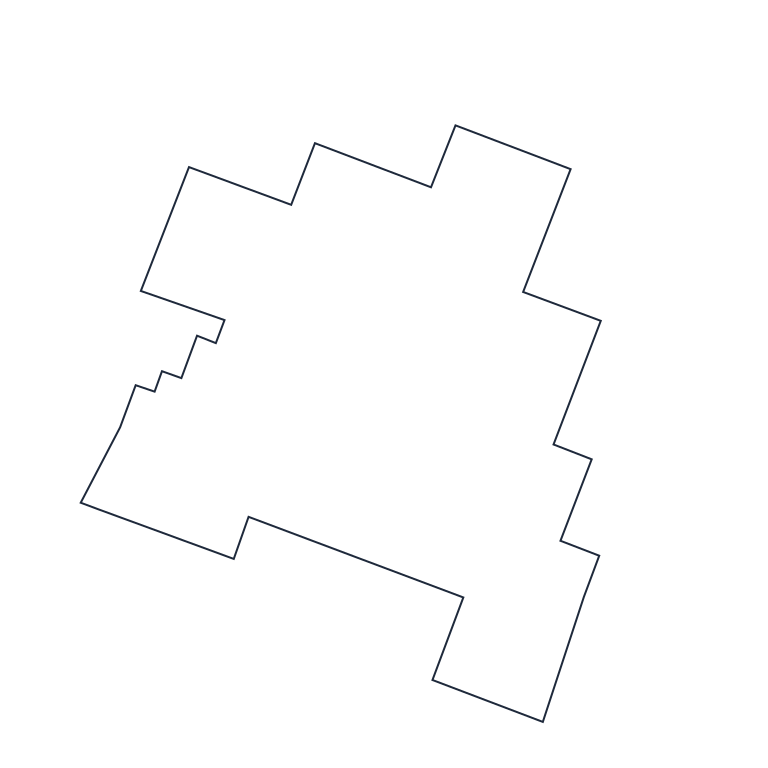 the district of Noble, Ohio, United States of America, rotated 109°
{"feature_id": "52423323B8132923889565", "entity_name": "Noble", "entity_type": "district", "adm_level": 2, "iso_a3": "USA", "parent_name": "United States of America", "parent_adm1": "Ohio", "projection": "robinson", "projection_center": [-81.451, 39.767], "detail": "fine", "context": "isolated", "style": "outline", "palette": "slate", "viewbox_px": 768, "rotation_deg": 109, "n_neighbors": 0, "source": "geoboundaries", "source_scale": "gbopen_adm2", "svg_char_len": 526}
<svg xmlns="http://www.w3.org/2000/svg" viewBox="0 0 768 768"><g transform="rotate(109 384 384)"><path d="M120.1,277.5L116.2,400.6L182.7,403.6L178.8,527.7L244.8,530.1L242.4,639.0L375.2,644.2L375.5,555.6L400.1,556.3L399.2,576.5L444.4,577.5L444.2,598.1L465.9,598.4L466.0,618.4L510.8,619.4L595.0,632.1L595.5,612.4L598.3,469.1L553.7,468.8L560.0,239.5L648.1,241.8L651.8,123.8L520.3,125.7L476.3,124.6L474.8,166.1L387.6,163.1L386.0,204.0L253.7,199.6L251.7,282.4L120.1,277.5Z" fill="none" stroke="#1e293b" stroke-width="2"/></g></svg>